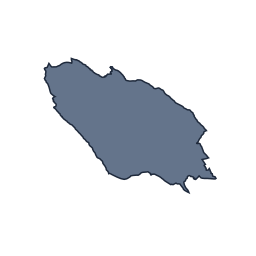 Caldas, Boyacá, Colombia, rotated 296°
{"feature_id": "7082276B54431316283540", "entity_name": "Caldas", "entity_type": "district", "adm_level": 2, "iso_a3": "COL", "parent_name": "Colombia", "parent_adm1": "Boyacá", "projection": "equal_earth", "projection_center": [-73.872, 5.576], "detail": "fine", "context": "isolated", "style": "filled", "palette": "slate", "viewbox_px": 256, "rotation_deg": 296, "n_neighbors": 0, "source": "geoboundaries", "source_scale": "gbopen_adm2", "svg_char_len": 5813}
<svg xmlns="http://www.w3.org/2000/svg" viewBox="0 0 256 256"><g transform="rotate(296 128 128)"><path d="M95.8,169.2L95.8,169.3L96.7,169.8L97.1,170.1L97.4,170.8L97.9,171.4L98.2,172.4L98.1,175.1L98.2,176.3L98.0,178.8L97.5,180.7L97.3,182.1L96.9,183.2L96.6,184.4L95.9,191.0L95.9,191.4L96.6,191.9L96.8,193.3L99.3,195.1L99.5,195.6L99.4,196.2L99.4,196.8L99.6,197.4L100.0,197.9L100.4,199.3L99.5,200.8L98.0,204.0L97.4,204.5L97.1,205.2L96.8,206.1L96.6,209.2L96.6,211.1L97.8,209.8L98.6,208.6L99.4,206.5L100.0,205.6L101.2,204.0L101.7,203.5L103.4,202.1L103.8,202.0L104.5,202.0L105.0,202.5L105.7,202.7L107.5,202.5L108.8,203.2L110.5,202.7L110.8,202.9L112.0,203.7L112.2,204.4L112.2,204.8L111.9,205.8L112.4,206.4L112.3,207.0L112.5,207.6L112.5,208.2L112.4,208.4L111.4,209.0L111.2,209.3L111.2,209.5L112.0,209.6L112.1,209.9L111.2,210.6L111.3,211.0L111.4,211.3L111.7,211.5L114.6,212.5L116.1,212.9L115.2,215.4L115.2,215.7L115.5,217.0L116.2,218.9L117.5,221.5L118.1,223.1L118.9,224.9L119.1,225.7L119.3,225.9L119.6,226.9L120.4,228.7L121.3,229.2L121.9,228.2L122.3,227.7L121.9,225.2L123.8,223.8L123.7,222.5L124.1,222.4L124.4,222.2L125.4,220.8L126.2,220.1L127.2,218.8L126.6,218.7L126.4,218.8L125.7,218.7L125.1,218.0L124.6,217.3L124.5,216.8L126.2,215.7L126.3,215.0L127.1,214.3L127.3,213.4L127.5,213.1L127.7,212.9L128.6,213.0L129.2,213.5L132.2,208.4L134.8,211.8L136.5,213.5L137.1,211.9L137.8,210.7L139.0,207.2L139.5,206.4L140.0,206.0L143.6,202.2L143.8,201.9L143.9,201.2L144.1,200.9L145.1,200.1L145.4,199.5L145.4,198.5L145.3,198.3L144.9,198.0L144.7,197.7L144.3,196.9L144.3,196.5L144.5,196.4L145.7,196.9L146.3,197.0L148.6,197.0L150.2,197.1L151.0,197.5L151.9,197.6L153.2,197.3L155.3,198.2L156.1,198.3L156.4,198.4L157.1,198.0L157.9,198.0L159.7,199.2L160.0,199.6L160.5,198.7L160.9,197.1L161.1,196.6L161.6,196.1L161.9,195.6L162.5,194.0L162.6,193.1L163.2,191.2L163.6,190.7L163.7,190.1L164.0,188.6L164.3,187.6L165.4,186.4L165.6,185.5L167.3,182.6L167.7,182.2L168.1,182.1L168.6,181.5L168.9,180.8L170.1,179.6L170.2,179.1L170.3,177.9L170.6,177.2L171.2,176.0L171.2,175.3L170.7,174.1L170.4,173.3L170.6,171.5L170.5,169.7L170.7,169.1L171.1,168.5L171.3,167.7L171.4,166.6L171.5,159.9L171.9,158.8L172.6,157.6L172.7,157.2L172.8,156.2L173.2,155.0L173.3,154.0L174.2,152.1L174.6,150.6L174.6,148.5L175.0,146.7L175.5,145.6L176.8,143.8L177.2,142.9L177.3,142.6L177.1,141.2L177.5,138.9L177.4,138.1L177.2,137.6L175.6,135.8L175.2,135.0L175.1,134.2L175.0,133.8L175.9,132.1L176.2,129.3L176.8,127.5L176.8,126.9L176.7,126.3L176.6,124.1L176.5,123.3L176.8,119.6L176.7,118.7L176.5,117.8L175.5,115.6L175.3,115.3L173.6,114.2L172.5,111.7L171.0,109.2L170.8,108.6L170.1,106.0L170.1,105.2L170.4,104.5L171.2,103.8L171.4,102.9L172.3,102.1L172.5,101.4L173.2,100.3L174.0,98.0L174.5,96.9L174.8,95.3L175.0,94.8L175.1,94.3L175.0,93.8L175.1,92.8L174.8,92.0L174.7,91.1L174.9,89.4L175.1,88.4L176.0,87.3L176.1,86.9L175.8,86.4L175.7,86.1L175.3,86.0L175.3,85.5L174.9,85.5L174.7,85.4L174.6,85.8L174.2,86.2L173.9,87.2L173.3,88.2L172.9,88.1L172.5,88.3L172.2,88.4L172.1,88.7L171.9,88.7L171.1,87.9L170.7,87.7L170.3,87.8L170.0,88.1L169.5,89.1L169.3,89.3L169.2,89.3L168.7,88.5L168.6,88.2L168.4,87.7L167.8,87.0L167.5,86.1L166.5,85.8L166.2,85.7L165.7,85.7L165.3,85.3L165.2,85.2L165.1,85.4L164.8,85.4L164.5,85.1L164.5,84.9L164.2,85.1L163.9,84.5L163.8,84.4L163.6,84.6L163.4,84.5L163.2,83.8L162.5,83.3L162.2,81.8L162.5,80.6L162.3,79.6L162.4,79.4L162.9,78.6L162.9,78.4L162.6,76.8L162.7,74.1L162.9,73.7L162.9,72.8L163.1,72.2L163.7,71.3L163.6,70.6L164.0,70.3L164.1,70.1L164.1,69.8L163.8,69.0L163.9,68.4L164.0,68.2L164.4,68.1L164.5,68.0L164.6,67.8L164.7,66.5L164.8,66.1L165.1,65.6L165.3,64.7L165.3,64.3L165.2,64.0L165.2,63.5L165.3,63.2L165.9,62.6L166.0,62.4L166.0,61.8L165.9,60.8L165.7,60.3L165.7,59.7L165.9,59.0L166.2,58.3L166.2,57.8L166.5,56.6L166.4,55.9L166.7,55.0L166.8,54.6L166.7,53.1L166.8,51.9L166.4,51.4L166.3,50.5L166.1,50.1L165.8,47.6L165.7,46.6L164.5,47.2L163.4,48.3L162.9,48.6L161.6,48.9L161.4,47.9L160.9,45.9L160.1,44.0L158.9,42.3L157.8,41.2L156.1,40.0L155.2,39.6L154.2,39.1L152.9,37.8L151.8,37.0L151.4,36.5L149.5,32.8L149.5,32.5L149.8,31.6L151.4,28.6L147.2,28.8L146.9,28.7L145.7,27.1L145.3,26.9L144.8,26.8L144.2,27.4L143.8,27.9L143.6,28.5L143.2,29.1L142.8,29.4L141.3,30.0L140.4,30.1L139.8,30.4L139.5,30.8L138.6,31.2L135.8,31.2L135.5,31.7L134.6,32.7L134.3,33.8L133.5,34.2L132.6,36.4L132.1,37.0L129.9,39.3L126.4,42.3L125.4,43.4L125.2,43.9L124.9,44.9L124.5,46.5L124.2,48.5L123.9,48.1L123.6,47.8L123.0,47.9L122.2,47.4L121.5,47.3L121.0,47.9L120.8,48.1L120.8,48.5L120.7,48.6L120.5,48.9L120.1,48.8L119.6,48.9L119.4,49.1L119.2,49.5L119.2,50.1L118.8,50.3L118.6,50.7L118.4,51.6L118.1,52.5L117.7,53.1L117.1,53.4L115.5,53.6L114.7,52.5L114.1,52.2L113.8,52.4L113.6,52.9L113.4,54.2L112.9,55.5L112.2,56.7L111.7,58.3L111.3,58.8L111.1,59.6L111.0,60.4L110.9,60.7L110.2,61.2L109.5,62.5L109.4,62.9L109.4,63.8L108.9,63.9L108.8,64.1L108.6,64.8L107.9,66.5L107.9,67.3L107.7,67.8L107.5,68.7L107.4,69.3L107.4,69.8L107.3,70.4L106.9,70.8L106.7,71.7L106.6,72.7L106.2,73.5L106.1,75.1L106.3,76.0L105.3,78.8L105.0,79.8L104.8,80.3L104.2,80.9L103.9,81.5L103.3,83.6L102.1,86.3L102.0,87.0L101.4,88.5L100.8,89.6L100.7,90.2L100.4,91.0L99.9,91.8L99.2,92.6L99.1,93.0L98.9,94.3L98.7,94.8L97.8,96.6L97.6,97.8L97.7,98.5L97.6,99.1L97.0,99.6L96.4,100.0L95.6,100.9L95.3,101.6L94.6,104.4L94.2,105.0L93.4,105.6L92.1,107.2L91.1,109.4L89.8,110.7L88.1,113.0L87.9,113.8L88.0,115.3L87.9,116.7L87.6,117.2L86.9,119.6L86.0,120.4L85.2,121.0L83.6,124.1L82.2,126.0L81.5,126.4L80.9,126.9L80.4,128.4L79.8,129.6L78.5,130.7L79.0,131.1L79.1,131.3L79.2,132.7L79.1,134.0L79.1,139.7L79.4,143.9L80.2,147.1L81.6,148.9L82.4,149.6L84.6,151.0L85.4,151.4L86.2,151.5L87.5,153.2L89.4,156.4L90.1,157.9L91.5,158.8L93.7,159.6L94.7,160.8L96.8,164.3L97.3,164.9L97.4,165.1L96.9,168.3L96.3,168.5L96.1,168.7L95.8,169.2Z" fill="#64748b" stroke="#1e293b" stroke-width="1.5"/></g></svg>